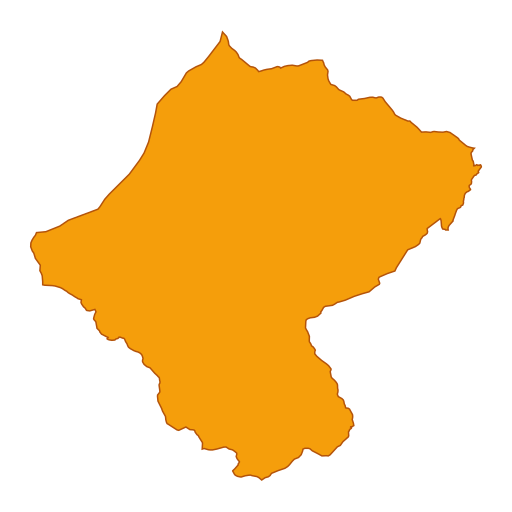 Sucevita, Suceava, Romania
{"feature_id": "2599482B88987982170225", "entity_name": "Sucevita", "entity_type": "district", "adm_level": 2, "iso_a3": "ROU", "parent_name": "Romania", "parent_adm1": "Suceava", "projection": "natural_earth1", "projection_center": [25.699, 47.77], "detail": "fine", "context": "isolated", "style": "filled", "palette": "amber", "viewbox_px": 512, "rotation_deg": 0, "n_neighbors": 0, "source": "geoboundaries", "source_scale": "gbopen_adm2", "svg_char_len": 5984}
<svg xmlns="http://www.w3.org/2000/svg" viewBox="0 0 512 512"><path d="M352.1,426.6L353.8,425.6L353.4,423.2L352.2,419.5L352.6,417.9L352.7,416.1L352.5,414.6L349.5,409.1L348.1,408.2L346.7,408.1L345.6,407.8L345.2,405.8L344.3,403.9L343.8,401.3L343.3,400.0L341.9,398.6L338.3,396.6L337.9,395.7L337.4,394.5L337.4,393.8L337.9,392.0L338.0,390.0L337.6,388.3L337.5,385.0L337.2,383.9L336.2,382.3L334.5,380.3L332.0,378.1L331.2,376.9L330.2,371.6L331.0,369.7L331.0,368.9L328.6,365.7L326.5,363.9L321.7,360.5L316.7,356.2L314.8,353.8L314.7,353.0L314.9,351.2L315.3,350.2L315.1,349.7L314.3,348.4L313.0,346.8L311.6,345.9L310.6,343.5L309.5,342.0L309.3,341.2L309.3,339.7L309.4,336.4L307.6,331.7L306.6,330.1L305.5,328.0L305.8,321.5L306.1,320.0L307.5,318.8L310.2,317.8L314.5,317.3L317.6,316.1L320.9,313.1L320.8,311.8L321.8,310.6L323.6,307.4L325.3,306.3L332.5,305.3L334.7,304.1L337.4,302.3L339.1,302.0L345.2,300.2L354.3,296.3L362.3,293.7L369.1,291.8L374.7,287.0L379.3,284.3L379.7,283.2L378.3,279.2L378.9,277.4L380.1,276.7L387.5,273.5L394.9,271.0L396.4,267.7L407.7,249.8L415.4,246.6L418.6,244.4L419.8,243.1L420.7,239.3L422.0,237.7L422.7,236.4L425.5,234.8L427.1,233.4L427.6,231.8L427.2,229.8L427.2,228.5L440.1,218.7L440.3,218.6L440.5,218.8L441.1,220.7L441.5,225.9L441.8,227.1L442.7,229.0L445.2,229.4L445.6,230.0L448.2,230.0L448.0,229.0L448.1,227.5L448.6,226.3L449.1,225.4L453.1,220.9L452.9,220.4L454.8,215.4L455.1,214.3L456.6,210.2L457.4,208.8L458.2,208.3L459.8,207.7L460.6,207.1L461.2,205.6L462.7,205.1L463.4,203.4L463.5,202.5L463.4,201.3L463.8,199.4L463.8,198.6L464.2,197.5L464.4,195.3L465.2,193.5L465.7,192.9L467.2,191.7L468.1,191.5L468.6,191.0L469.2,190.8L469.5,190.3L470.2,190.0L470.5,189.7L470.5,189.3L469.4,187.7L469.1,186.2L469.3,185.4L470.9,184.3L471.4,183.5L471.6,181.7L471.4,180.4L471.4,180.0L471.7,179.3L474.0,176.0L474.7,175.3L475.9,175.1L476.3,174.8L476.9,173.8L478.5,172.8L478.7,172.5L478.2,171.2L481.3,167.0L481.3,166.2L480.6,164.9L480.3,164.8L479.9,164.9L479.4,165.4L478.0,165.1L477.7,165.4L476.9,164.8L476.6,164.7L475.7,165.5L474.8,165.5L474.0,165.9L473.7,165.8L473.7,165.5L474.1,165.1L473.9,164.8L473.2,161.2L472.4,160.2L471.0,153.8L471.3,152.5L472.7,150.9L472.9,149.6L474.3,148.2L472.9,148.0L469.6,147.2L467.2,146.4L465.7,145.4L459.3,140.1L458.5,138.6L457.4,137.7L450.0,132.5L446.5,131.5L443.0,132.2L438.3,132.0L434.2,131.5L433.1,131.6L430.7,132.4L426.0,131.9L421.5,132.1L417.1,127.3L411.0,122.3L410.1,121.2L409.4,121.0L408.0,121.1L400.7,118.1L395.6,115.2L394.8,114.4L393.6,112.1L392.3,110.2L385.1,101.6L382.9,98.1L381.7,97.2L380.7,97.0L378.9,97.0L377.6,97.4L376.8,97.8L376.1,97.9L375.0,97.8L372.8,97.2L369.9,97.3L364.5,98.5L358.8,99.2L358.2,99.4L357.3,100.2L356.7,100.3L352.5,100.3L351.5,99.5L349.8,96.3L348.4,95.2L346.1,94.0L344.1,92.2L343.5,91.8L339.5,90.0L338.6,89.4L336.4,86.9L334.7,85.6L330.8,84.4L328.8,81.0L328.0,78.7L327.5,75.0L328.0,71.4L327.6,69.9L325.1,66.8L324.1,64.8L323.6,62.7L322.9,61.4L322.5,60.3L317.2,60.0L311.0,60.6L309.0,61.1L307.5,62.4L298.5,65.9L296.9,66.0L292.3,65.2L287.8,65.6L284.3,66.4L280.6,68.1L279.8,67.1L277.9,66.6L277.2,66.6L271.6,68.7L266.7,69.4L263.7,70.1L261.4,70.9L258.7,71.6L257.7,70.3L255.4,68.0L253.0,67.0L251.3,66.8L250.0,66.4L241.7,59.5L239.5,58.0L239.0,57.2L238.0,54.6L236.3,52.1L234.7,50.5L231.7,48.3L229.6,46.1L229.0,45.2L228.7,44.2L228.4,41.8L228.0,40.3L226.6,36.5L222.5,32.0L220.1,41.5L208.5,56.7L203.9,62.3L201.4,64.5L196.0,66.8L188.6,71.0L186.4,72.9L181.2,81.7L177.1,86.5L171.0,89.2L164.6,95.6L157.2,104.1L155.5,113.3L152.4,126.7L148.6,142.0L144.1,153.0L139.5,160.4L129.3,174.2L109.3,194.1L104.8,199.2L99.9,206.8L97.9,209.2L68.3,220.3L59.8,226.1L45.9,231.7L36.5,232.6L35.4,235.3L33.8,237.3L32.1,240.1L30.9,242.9L30.7,246.8L32.3,251.0L33.8,253.1L35.4,258.4L40.3,265.2L39.9,270.7L41.3,273.3L42.2,275.7L42.7,281.8L42.7,284.8L44.5,285.2L52.3,285.6L55.1,286.0L60.4,287.6L62.4,288.6L65.5,290.7L66.5,291.1L68.0,292.5L69.5,293.5L72.3,295.0L74.6,296.6L76.9,297.9L78.0,298.7L81.4,299.7L81.0,302.5L81.4,303.5L81.9,304.4L83.6,306.9L84.5,307.5L85.4,308.5L86.4,310.2L86.9,310.5L89.8,310.9L94.9,309.4L96.0,311.8L94.7,314.4L93.9,317.3L93.6,318.9L94.1,319.8L95.0,320.7L95.9,322.0L97.0,328.3L99.5,330.8L99.8,331.9L101.5,334.1L106.7,336.8L108.1,337.4L107.1,338.8L108.1,339.5L109.4,339.9L111.9,340.3L114.9,340.0L115.6,339.2L116.5,338.8L117.8,338.5L118.7,337.7L118.8,337.3L120.0,337.1L122.9,338.2L123.7,338.2L124.6,339.1L125.6,341.6L127.0,343.8L127.7,345.7L128.5,347.2L130.4,348.7L131.1,349.1L132.1,349.6L133.6,350.5L135.8,351.4L138.0,352.0L139.8,352.9L141.2,354.1L142.1,355.4L142.9,357.9L143.0,358.7L142.6,359.9L142.5,361.2L142.7,362.0L144.1,364.4L146.8,366.6L150.0,367.8L154.8,373.3L157.2,375.5L158.4,376.9L159.0,377.3L159.3,377.8L159.7,380.5L160.0,381.7L159.9,383.0L159.2,384.3L159.1,385.3L159.9,391.3L159.7,392.3L157.6,395.0L157.5,396.4L158.0,401.2L161.6,408.4L162.5,411.0L165.5,416.5L165.8,419.6L166.4,422.1L167.1,423.6L168.5,424.4L177.0,429.9L178.6,430.3L178.8,430.3L185.9,427.0L189.9,429.6L192.9,429.8L194.1,430.1L194.7,430.6L195.2,432.2L197.0,434.7L198.2,435.5L199.0,437.1L202.4,442.5L202.5,443.6L202.2,449.1L204.1,448.5L208.3,449.7L210.0,449.9L212.6,449.9L217.0,449.0L223.7,447.1L226.1,447.0L229.1,449.0L232.4,449.8L234.5,451.2L236.6,453.0L236.8,454.0L236.2,456.6L237.1,458.7L237.9,459.8L238.8,461.0L239.4,461.5L239.4,462.1L238.1,464.1L238.2,464.9L234.8,468.8L232.7,470.8L232.7,471.0L234.5,474.3L235.3,475.2L237.4,476.3L240.1,476.9L241.2,477.0L245.1,475.8L248.8,475.2L250.6,475.1L251.9,475.6L257.0,476.6L259.0,477.7L261.7,480.0L265.1,477.7L268.3,476.8L270.1,475.5L270.6,474.6L271.6,473.3L278.4,470.5L284.9,468.3L287.7,466.5L289.5,464.7L292.3,461.2L294.4,459.1L298.5,457.5L301.2,454.7L302.7,450.8L302.9,449.2L304.8,448.3L308.4,448.3L310.0,448.8L312.3,450.8L318.7,454.1L321.9,455.9L326.2,455.7L328.3,455.9L330.1,454.8L337.4,446.8L340.3,445.4L342.9,441.7L348.3,436.9L348.7,435.8L348.5,431.8L349.3,430.7L349.5,429.8L350.0,429.2L350.6,428.9L351.4,428.2L351.5,427.6L350.6,427.1L350.7,426.8L352.1,426.6Z" fill="#f59e0b" stroke="#b45309" stroke-width="1.5"/></svg>